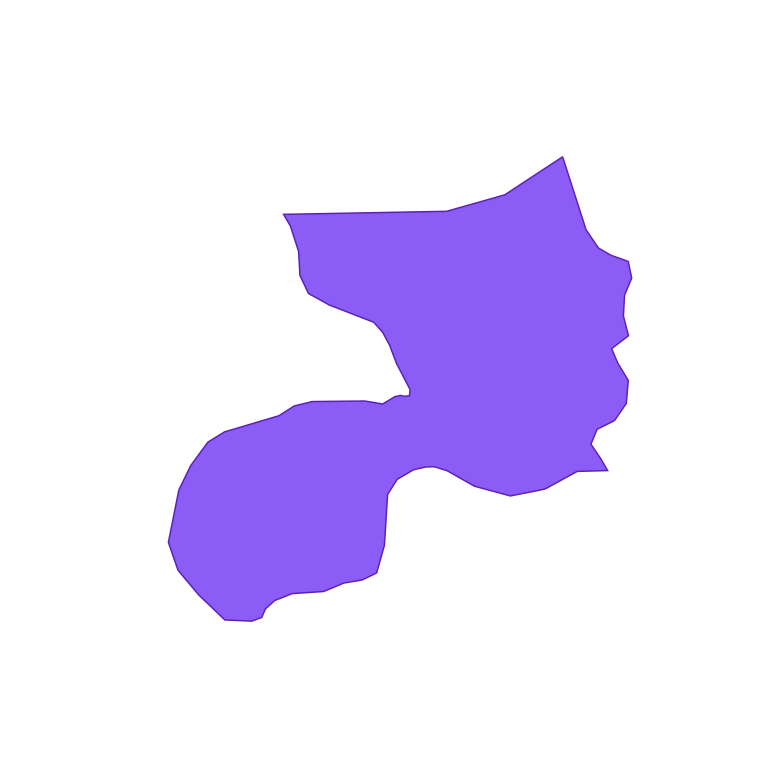 an SVG outline of Tehran, rotated 146°
{"feature_id": "IRN-3216", "entity_name": "Tehran", "entity_type": "Province", "adm_level": 1, "iso_a3": "IRN", "parent_name": "Iran", "parent_adm1": "", "projection": "equal_earth", "projection_center": [51.864, 35.496], "detail": "fine", "context": "isolated", "style": "filled", "palette": "violet", "viewbox_px": 768, "rotation_deg": 146, "n_neighbors": 0, "source": "natural_earth", "source_scale": "10m", "svg_char_len": 1011}
<svg xmlns="http://www.w3.org/2000/svg" viewBox="0 0 768 768"><g transform="rotate(146 384 384)"><path d="M109.1,471.7L130.2,399.0L130.2,376.9L124.0,364.0L113.0,349.0L119.4,333.3L134.9,323.1L147.5,306.5L154.3,287.3L175.5,286.0L178.5,270.7L179.5,250.3L194.0,232.4L213.3,224.8L232.6,227.3L246.1,218.4L246.1,200.6L247.0,187.2L272.7,203.5L309.3,206.9L341.8,220.5L366.2,248.7L380.1,276.7L388.6,287.3L395.8,291.9L407.5,296.4L426.4,297.6L442.8,290.4L473.8,250.1L495.7,231.5L511.5,233.7L528.5,241.4L550.0,245.7L577.4,261.6L595.6,265.6L608.2,263.8L615.9,258.8L626.3,261.4L647.9,277.4L655.6,312.9L658.9,344.8L651.3,373.3L613.4,410.8L589.7,424.5L562.4,434.3L543.0,433.5L489.0,416.5L470.7,416.0L453.2,409.5L409.5,380.7L396.3,368.2L382.0,367.4L376.8,365.4L373.9,362.3L369.5,360.1L365.5,364.7L362.2,393.8L357.7,412.9L356.2,427.4L358.0,440.9L385.1,479.9L396.0,501.3L393.0,520.9L380.7,541.6L373.3,567.1L372.4,580.8L235.6,492.2L178.1,473.3L109.2,472.5L109.1,471.7Z" fill="#8b5cf6" stroke="#5b21b6" stroke-width="1.5"/></g></svg>